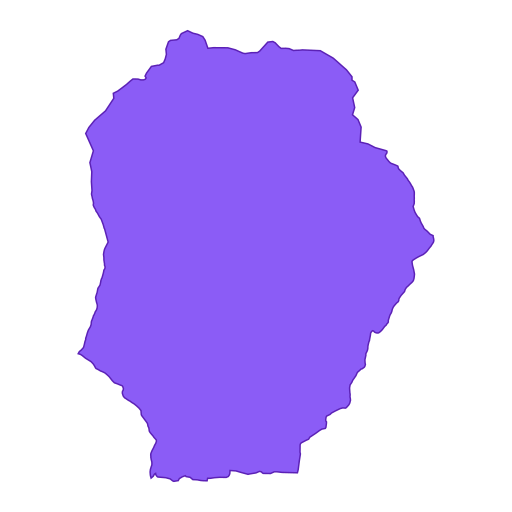 the district of Ceru-Bacainti, Alba, Romania
{"feature_id": "2599482B65582227773897", "entity_name": "Ceru-Bacainti", "entity_type": "district", "adm_level": 2, "iso_a3": "ROU", "parent_name": "Romania", "parent_adm1": "Alba", "projection": "robinson", "projection_center": [23.275, 46.006], "detail": "fine", "context": "isolated", "style": "filled", "palette": "violet", "viewbox_px": 512, "rotation_deg": 0, "n_neighbors": 0, "source": "geoboundaries", "source_scale": "gbopen_adm2", "svg_char_len": 5994}
<svg xmlns="http://www.w3.org/2000/svg" viewBox="0 0 512 512"><path d="M345.5,408.1L346.2,407.7L346.9,407.0L348.6,405.1L349.3,404.0L349.7,403.2L350.1,401.8L350.3,400.6L350.5,400.3L350.3,398.3L350.0,396.9L350.1,395.1L350.1,393.9L349.9,393.2L349.6,388.8L349.6,387.7L350.1,384.9L350.5,384.3L351.8,382.4L352.7,380.3L355.9,375.7L356.9,373.4L357.3,372.6L357.8,372.0L359.7,370.4L360.8,369.2L362.3,368.7L363.9,367.5L364.4,367.1L364.9,366.2L365.4,364.4L365.1,363.2L364.9,359.8L365.9,355.2L365.8,353.8L367.3,350.7L367.6,349.6L367.8,348.7L367.9,346.2L368.4,343.8L369.0,341.5L369.4,340.8L369.5,340.3L369.6,339.4L370.4,335.3L370.6,333.4L370.8,332.7L371.3,332.0L371.8,331.4L372.3,330.9L372.8,330.7L373.2,330.9L373.8,331.2L374.5,332.1L375.5,332.6L376.4,332.9L377.6,333.0L378.5,332.9L379.0,332.6L380.1,331.8L381.4,330.6L382.4,329.5L383.8,327.6L384.7,326.4L386.1,325.2L386.8,324.0L387.9,322.8L388.3,322.1L388.3,320.4L389.7,315.8L390.4,314.2L390.9,313.6L391.7,311.8L392.3,309.3L393.1,307.4L394.1,305.9L396.5,303.1L398.2,301.7L398.5,301.1L398.8,300.2L398.8,299.4L399.0,298.8L399.3,298.1L401.1,295.4L404.5,291.6L405.2,289.4L406.5,287.4L408.1,286.0L410.0,284.1L411.7,282.6L412.9,281.3L413.5,280.2L414.0,278.4L414.3,276.1L414.5,274.1L413.7,269.8L412.5,265.3L412.1,262.7L412.0,261.5L412.4,260.7L413.4,259.8L414.7,259.0L416.6,257.8L419.0,256.5L423.2,254.5L425.7,252.5L427.3,250.8L429.3,248.1L431.0,246.1L431.8,244.7L433.1,242.8L433.5,242.0L433.8,240.8L433.8,240.1L433.7,239.0L433.1,236.4L433.1,235.6L430.4,234.4L429.7,233.8L427.2,231.2L424.6,229.1L423.8,228.1L423.2,226.5L421.2,223.0L420.3,220.9L419.7,218.9L419.4,218.2L418.1,217.1L417.4,216.3L416.4,214.7L415.0,212.3L414.1,209.9L413.1,206.4L413.7,205.0L414.2,203.6L414.3,201.1L414.2,199.9L414.2,199.1L414.3,198.4L414.2,196.1L414.3,194.3L414.3,192.4L414.1,191.2L412.6,187.2L411.4,185.4L411.0,184.6L409.7,182.4L408.0,180.1L407.5,179.0L406.9,178.2L404.4,175.1L403.1,172.8L400.4,170.6L398.8,169.0L398.3,168.1L397.9,166.2L397.2,165.8L395.4,165.0L392.9,164.0L391.2,163.4L390.1,162.7L388.9,161.5L386.4,158.4L385.8,157.5L385.4,156.2L385.5,155.2L385.8,154.5L386.9,152.9L387.0,151.6L386.8,151.0L385.8,150.6L375.1,147.6L367.9,143.9L360.1,142.1L361.1,127.1L358.0,119.6L352.5,114.8L354.7,107.6L352.6,97.8L358.2,90.2L354.8,82.0L352.0,80.2L352.0,76.8L346.5,69.9L333.3,58.2L320.3,50.7L302.4,49.9L299.7,50.2L296.0,50.3L293.5,50.5L289.1,48.6L285.7,48.3L281.1,48.4L278.8,46.6L275.2,42.8L272.8,41.5L267.8,42.1L259.7,51.1L257.5,52.6L251.3,52.7L245.1,53.6L242.9,53.2L235.3,49.8L227.8,47.8L213.4,47.7L207.9,48.3L205.1,40.2L202.8,36.6L197.8,34.4L192.9,33.2L187.6,30.7L181.4,33.6L180.3,35.2L179.0,38.3L176.8,39.8L170.5,40.4L168.5,41.8L165.9,49.2L166.4,54.4L165.2,59.0L163.6,62.7L159.0,65.3L157.7,65.2L151.4,66.4L146.6,73.0L145.1,76.0L145.1,76.3L146.0,77.5L145.9,78.4L145.2,79.3L143.5,79.9L140.8,79.9L138.1,79.1L134.8,79.0L132.9,79.0L130.4,81.0L126.2,84.7L117.7,91.1L113.3,93.3L113.8,98.3L105.5,110.9L94.7,120.2L88.9,127.4L85.7,133.5L93.4,150.8L89.9,162.6L91.8,171.7L91.4,181.7L92.0,190.6L91.5,194.0L91.7,195.1L92.1,196.7L92.4,198.4L93.1,200.7L93.4,202.3L93.5,203.5L93.3,204.2L93.3,205.3L94.4,207.8L94.9,208.4L95.6,209.8L96.0,211.1L97.4,213.0L99.4,216.7L101.2,219.2L103.1,224.3L103.7,226.3L104.1,228.0L104.6,228.9L108.1,241.9L108.1,242.2L105.2,247.8L104.5,249.4L104.0,251.4L103.5,254.4L103.9,257.6L103.9,259.5L104.0,260.7L104.2,261.7L104.3,262.7L104.5,263.6L104.5,265.2L104.8,266.1L105.0,266.4L105.1,267.1L104.8,268.8L103.9,270.1L103.6,271.8L103.3,273.2L102.9,274.7L102.3,276.8L102.1,277.6L101.4,279.0L101.1,280.0L100.9,280.6L100.7,281.9L100.1,284.8L99.8,285.4L99.2,286.4L98.1,288.0L97.8,288.8L97.1,292.6L96.7,293.7L95.8,296.6L95.6,297.5L95.7,298.4L96.0,300.0L96.5,302.2L97.0,303.8L97.3,305.1L97.3,306.3L97.1,308.1L96.3,310.3L95.4,311.5L94.8,313.1L94.2,314.6L93.5,315.6L93.1,317.1L91.9,320.3L91.5,321.1L91.3,322.2L91.2,324.3L90.7,325.8L90.3,326.9L88.6,329.7L88.1,330.8L87.3,333.1L86.4,336.3L85.7,338.3L85.7,339.5L85.0,341.5L84.3,344.6L83.9,346.1L83.6,347.2L83.1,348.0L81.9,349.3L81.2,350.1L80.0,351.0L79.2,351.8L78.2,353.7L80.5,354.4L82.2,355.5L85.5,358.2L91.0,361.6L92.0,362.6L93.2,363.9L94.2,365.4L95.5,367.8L96.0,368.5L97.9,369.4L100.6,371.0L102.0,371.5L104.3,372.6L105.3,373.2L107.5,375.1L109.1,376.6L112.3,380.7L113.5,381.9L114.4,382.8L117.3,383.8L120.4,385.1L121.6,385.5L122.3,385.9L122.7,386.5L123.4,388.5L123.3,389.3L123.1,390.5L122.6,391.0L122.4,391.7L122.3,393.1L123.0,395.4L123.4,396.3L124.1,397.2L125.0,398.1L126.0,398.6L126.5,399.0L128.4,400.3L130.3,401.3L130.9,401.8L131.7,402.4L134.3,404.0L136.5,405.8L137.8,407.0L138.9,408.0L140.7,410.2L141.0,410.7L141.1,412.3L141.3,414.8L142.0,416.0L146.7,422.3L147.5,423.6L148.0,426.2L148.8,427.8L149.1,429.6L149.2,430.6L149.4,431.4L150.1,432.5L151.4,434.1L152.9,435.8L154.0,437.4L156.0,439.6L156.3,440.1L156.4,441.3L156.0,442.5L155.8,443.2L154.6,445.3L153.7,447.5L152.1,450.5L150.9,453.4L150.7,455.1L150.9,456.0L150.8,457.0L151.2,459.5L151.8,461.8L151.9,463.0L151.9,464.6L151.6,465.7L151.2,466.8L150.4,469.4L150.1,471.9L150.3,474.8L150.5,476.0L151.1,478.1L153.3,476.2L153.9,475.1L154.3,474.3L155.0,473.7L155.6,473.4L155.8,474.7L156.6,475.9L157.2,476.6L157.8,477.0L165.8,477.7L170.2,478.9L172.7,480.9L173.7,481.3L174.0,481.3L178.3,480.6L178.7,479.6L179.5,478.5L182.3,476.8L185.3,475.7L186.1,476.6L190.1,477.3L192.8,479.6L197.2,479.8L200.8,480.5L203.4,480.7L207.1,480.8L207.6,478.3L210.3,478.3L214.4,477.7L219.8,477.3L226.2,477.4L228.3,476.5L229.2,475.2L229.8,473.7L230.0,470.5L235.9,470.9L241.3,472.5L248.0,474.3L249.9,473.9L256.0,472.9L259.4,471.4L261.3,471.8L262.4,472.9L263.2,473.4L270.5,473.5L274.3,471.8L277.1,471.8L282.1,472.4L297.4,472.8L298.2,469.6L299.3,461.0L300.4,453.9L300.0,452.2L300.1,444.9L300.4,443.9L301.2,442.9L306.3,440.2L308.6,439.2L308.9,438.7L309.8,437.2L316.0,433.1L319.5,430.5L321.9,429.1L325.3,428.4L325.9,427.4L326.4,423.7L326.5,421.9L325.8,420.9L325.7,419.8L326.0,417.4L326.6,416.1L330.1,414.4L331.5,413.0L335.2,411.0L340.2,408.6L342.8,407.9L345.5,408.1Z" fill="#8b5cf6" stroke="#5b21b6" stroke-width="1.5"/></svg>